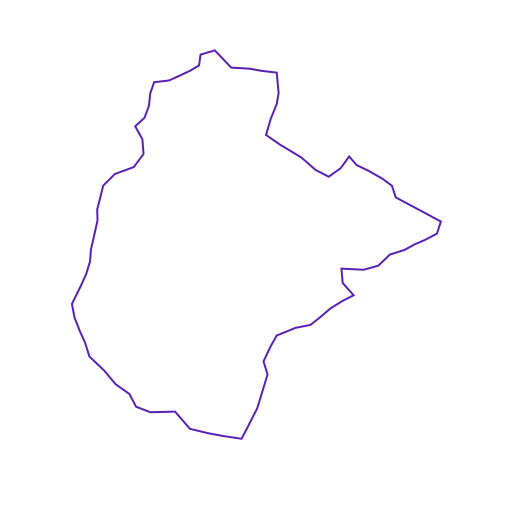 the district of Hortolândia, São Paulo, Brazil, rotated 107°
{"feature_id": "56859067B73549929772376", "entity_name": "Hortolândia", "entity_type": "district", "adm_level": 2, "iso_a3": "BRA", "parent_name": "Brazil", "parent_adm1": "São Paulo", "projection": "albers", "projection_center": [-47.21, -22.87], "detail": "fine", "context": "isolated", "style": "outline", "palette": "violet", "viewbox_px": 512, "rotation_deg": 107, "n_neighbors": 0, "source": "geoboundaries", "source_scale": "gbopen_adm2", "svg_char_len": 1162}
<svg xmlns="http://www.w3.org/2000/svg" viewBox="0 0 512 512"><g transform="rotate(107 256 256)"><path d="M435.0,216.4L422.9,214.1L411.9,212.2L401.3,210.3L390.7,210.3L380.3,210.3L365.9,210.3L354.6,218.0L338.6,215.7L325.9,212.9L313.1,197.1L306.0,183.8L295.4,176.5L284.4,169.5L273.8,160.3L265.0,151.2L256.5,165.2L243.1,170.6L237.7,149.1L229.5,136.2L215.5,128.4L206.8,115.8L198.4,107.6L191.0,98.9L181.7,89.5L169.0,89.3L159.1,139.5L149.1,146.5L145.2,157.5L141.8,172.3L139.6,186.4L133.6,196.0L147.2,200.7L158.9,209.6L156.3,224.1L148.5,241.5L142.4,265.9L137.3,281.8L120.2,282.0L104.6,280.6L93.6,282.0L74.6,289.8L77.4,305.5L78.7,316.8L83.1,334.8L71.4,355.5L79.6,367.9L90.4,366.2L98.2,373.3L106.4,382.4L113.5,390.4L119.6,404.2L131.2,404.7L143.6,402.3L156.3,403.0L167.3,409.4L177.5,398.8L191.3,393.4L206.6,398.8L218.9,415.0L233.4,422.7L245.5,422.0L257.8,421.5L268.2,418.0L282.0,416.9L298.2,415.7L309.9,413.1L323.0,413.1L337.1,415.0L355.7,418.0L368.0,411.5L379.6,402.3L388.5,394.4L400.8,385.9L410.1,367.4L419.6,352.9L425.0,336.7L435.2,326.6L436.3,311.4L428.5,287.9L440.6,268.7L439.5,250.2L437.8,235.2L435.0,216.4Z" fill="none" stroke="#5b21b6" stroke-width="2"/></g></svg>